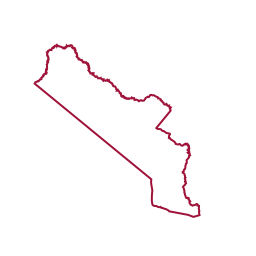 outline of Malai, Bântéay Méanchey, Cambodia, rotated 40°
{"feature_id": "14789045B32583136425943", "entity_name": "Malai", "entity_type": "district", "adm_level": 2, "iso_a3": "KHM", "parent_name": "Cambodia", "parent_adm1": "Bântéay Méanchey", "projection": "natural_earth1", "projection_center": [102.55, 13.526], "detail": "fine", "context": "isolated", "style": "outline", "palette": "rose", "viewbox_px": 256, "rotation_deg": 40, "n_neighbors": 0, "source": "geoboundaries", "source_scale": "gbopen_adm2", "svg_char_len": 5839}
<svg xmlns="http://www.w3.org/2000/svg" viewBox="0 0 256 256"><g transform="rotate(40 128 128)"><path d="M235.3,154.0L238.8,148.8L236.4,146.8L236.1,145.8L234.2,144.4L232.5,142.0L231.0,142.7L230.6,141.9L229.7,141.9L229.3,142.3L228.7,144.2L228.0,144.7L227.3,146.1L225.8,146.1L225.3,146.5L223.3,145.9L222.6,145.2L222.8,144.2L221.0,143.8L220.6,143.9L219.8,142.9L219.4,143.3L219.0,142.9L218.5,143.1L217.9,144.0L217.5,144.1L216.5,143.7L216.0,143.2L214.6,142.6L213.4,141.4L212.7,141.3L211.6,139.8L210.9,139.5L210.2,138.8L207.9,137.7L208.0,135.6L208.2,134.8L208.0,134.5L208.0,133.1L207.5,133.0L206.9,132.2L206.1,132.5L205.9,132.3L205.6,131.2L205.1,130.7L204.1,130.4L203.9,130.0L203.9,129.1L203.5,129.1L203.0,128.7L202.6,128.1L201.5,127.6L201.1,127.1L199.4,126.7L198.7,127.1L198.2,126.7L198.5,125.3L197.9,124.5L197.7,123.4L197.7,122.9L197.9,122.8L197.5,121.6L196.3,120.1L195.8,118.7L195.4,118.3L195.5,117.0L193.6,115.0L193.6,111.3L193.4,110.9L192.7,110.4L192.7,109.8L193.0,109.3L192.3,109.2L192.2,109.0L192.3,108.5L191.7,108.0L191.0,108.2L190.7,107.4L190.3,107.6L190.4,107.9L190.2,108.5L189.8,108.6L189.5,108.5L189.8,107.6L189.6,106.3L189.1,106.1L188.7,105.7L188.3,106.5L187.8,106.6L187.6,106.2L187.9,105.0L188.2,104.9L188.3,104.5L187.8,104.0L187.2,104.0L186.7,103.0L186.0,102.5L185.6,103.0L184.6,102.1L183.7,102.0L183.6,102.9L183.2,103.3L182.6,102.7L182.2,103.0L181.6,104.3L181.4,105.2L181.6,105.5L180.9,106.7L179.8,107.2L177.9,107.0L176.9,108.5L175.0,109.5L174.5,109.5L174.1,109.0L172.5,108.7L169.2,109.0L168.8,109.2L167.4,109.1L166.9,108.8L166.1,109.4L165.7,109.4L164.5,107.6L164.3,106.9L164.2,105.8L163.6,105.5L160.6,107.1L157.7,107.3L156.1,108.1L153.8,107.9L151.0,109.8L149.7,109.8L149.5,87.6L149.2,87.5L149.1,86.9L148.2,86.4L147.7,86.4L147.6,84.8L146.8,85.2L146.7,84.9L146.3,85.0L145.6,84.8L145.2,85.3L144.8,85.3L144.7,84.9L144.5,85.2L143.7,85.5L142.5,84.9L141.8,84.9L141.9,85.8L140.8,86.6L139.5,86.4L139.1,85.8L138.8,85.7L137.8,86.0L136.6,85.5L136.4,85.8L135.1,85.8L134.9,85.1L134.4,85.0L132.6,85.4L132.0,86.0L131.0,85.3L128.9,86.0L127.0,86.2L126.3,86.6L125.8,87.3L124.8,87.5L124.2,88.0L123.8,88.8L124.1,89.9L124.1,90.9L123.0,91.4L122.2,93.9L122.6,95.0L122.5,95.3L122.6,96.8L121.6,97.8L120.7,98.1L120.5,98.4L120.0,98.4L119.3,99.9L119.3,100.3L118.9,100.6L117.9,100.3L117.5,100.6L116.5,100.7L115.6,101.4L115.4,102.0L115.0,102.4L114.7,102.3L114.2,101.8L113.9,101.6L113.4,101.2L112.1,102.6L111.9,102.2L111.3,102.2L111.4,102.9L110.9,103.7L109.1,105.2L109.6,105.5L109.4,105.7L108.5,106.0L108.1,106.5L107.3,106.3L107.0,106.8L106.5,106.5L106.3,106.9L106.1,106.8L105.7,107.2L105.3,107.4L104.9,107.3L104.8,106.9L104.4,107.1L104.1,106.9L104.0,106.5L103.7,106.5L103.6,106.8L103.8,107.2L103.3,107.9L103.0,107.9L102.8,107.2L102.1,107.7L100.8,106.6L99.8,106.6L99.9,106.1L98.9,106.3L97.3,105.6L97.0,105.7L96.1,105.4L96.2,106.0L95.7,106.4L95.7,106.1L94.9,105.6L94.5,105.6L94.6,105.9L94.2,106.0L93.4,105.2L91.6,104.5L91.1,104.5L90.6,105.1L89.9,105.4L89.0,105.1L88.7,104.7L87.8,104.6L87.6,104.2L86.9,104.0L86.0,104.4L85.5,104.2L84.1,104.7L83.8,104.6L83.6,104.1L83.1,104.0L82.9,104.2L82.5,103.7L82.0,104.7L81.6,104.3L81.1,104.3L81.2,105.0L80.5,106.3L80.2,106.4L80.1,106.1L79.4,106.7L79.0,106.8L78.8,107.7L77.8,107.4L77.9,107.0L77.8,106.5L76.5,107.5L76.0,107.3L75.3,107.5L74.9,107.2L74.6,108.1L73.9,108.3L73.1,109.2L72.3,108.8L71.3,108.9L70.8,108.6L70.4,109.4L70.2,109.2L69.5,109.7L68.6,109.7L67.4,109.4L66.7,109.9L66.5,109.5L66.6,108.5L66.4,108.2L66.0,108.8L65.4,108.8L65.0,109.8L64.4,109.9L64.1,110.4L63.0,109.7L62.1,109.4L61.8,109.6L61.3,109.0L60.6,109.2L60.4,108.3L59.6,107.6L59.9,107.3L59.5,107.2L59.4,106.8L58.8,106.9L58.8,106.2L57.9,106.0L58.1,105.5L57.8,105.2L57.1,105.3L56.1,104.4L55.0,104.5L54.7,104.7L54.9,105.1L53.5,104.6L53.4,104.8L53.6,105.0L53.3,105.6L52.0,105.6L51.9,106.3L51.4,106.3L51.3,106.6L50.2,106.3L50.0,105.9L49.1,105.6L48.9,106.0L47.9,106.1L47.9,106.4L46.6,106.6L46.5,106.9L45.7,106.4L45.4,106.8L44.9,106.3L43.4,106.5L43.1,105.8L42.6,106.0L42.2,104.8L41.6,104.4L41.2,104.4L41.0,103.9L40.8,103.8L40.7,104.2L40.4,104.1L40.4,103.7L40.0,103.7L39.8,103.9L39.0,104.0L38.3,103.2L38.3,102.6L38.0,102.6L37.6,102.3L37.2,102.5L37.0,101.6L35.8,101.0L35.6,101.1L35.3,102.0L34.7,102.4L33.7,102.3L34.0,101.9L33.9,101.6L33.3,101.6L32.7,101.1L31.9,100.9L31.0,101.2L30.5,102.0L30.8,102.5L30.3,103.2L29.5,103.7L29.3,103.6L28.9,104.5L28.2,104.4L28.8,105.3L28.7,105.6L28.3,105.5L28.2,105.8L28.6,106.0L28.3,106.3L28.3,106.8L28.6,106.9L28.5,107.7L28.3,107.7L28.2,107.4L27.6,107.6L27.6,107.2L26.8,108.1L26.9,108.5L26.1,108.3L25.4,108.8L24.8,108.7L22.9,109.7L22.6,109.6L22.2,109.9L21.1,110.0L21.1,110.6L20.8,110.6L20.9,111.0L20.0,110.4L19.9,111.5L19.1,112.1L19.1,112.9L19.5,112.8L19.5,113.2L18.9,113.9L18.8,114.3L19.5,114.4L19.4,114.8L18.9,115.7L18.6,115.4L18.5,115.6L18.8,116.2L18.8,117.4L19.1,117.6L18.4,118.1L17.9,118.2L17.9,118.5L17.2,120.3L17.4,120.5L17.7,120.4L17.8,121.0L17.4,121.4L17.2,122.0L18.0,122.1L18.1,122.8L18.4,123.3L18.8,123.4L19.4,124.5L19.7,124.6L20.0,124.3L20.6,124.5L21.5,125.3L21.7,125.2L22.3,126.1L22.8,126.1L23.1,126.7L22.9,127.3L22.9,127.6L23.4,127.6L23.3,128.3L23.5,129.1L24.5,128.9L24.6,129.1L24.3,129.9L24.9,130.7L24.9,131.5L25.7,131.9L26.7,133.5L27.6,134.1L27.8,134.8L28.4,135.4L28.3,135.9L27.8,136.1L28.3,136.7L28.8,137.7L29.1,137.8L29.3,137.5L29.9,138.0L30.2,138.0L30.5,138.9L30.4,139.3L29.7,139.1L29.1,140.3L29.1,141.5L29.8,142.0L29.9,142.4L29.8,143.1L29.4,143.1L29.6,143.9L29.3,145.3L30.2,145.9L30.0,146.8L29.2,147.6L29.5,148.5L29.3,150.0L28.6,150.2L28.4,151.2L27.6,152.4L28.0,153.1L28.0,154.0L178.8,152.3L180.1,154.2L181.7,155.9L186.7,160.1L189.8,164.5L193.0,168.4L195.7,170.8L196.6,171.2L198.4,170.7L200.0,169.5L201.4,169.3L202.7,168.6L203.5,168.1L203.7,167.5L204.9,167.7L206.2,166.9L207.8,166.5L208.4,166.0L209.8,165.6L211.8,165.2L213.0,165.4L229.9,155.9L235.3,154.0Z" fill="none" stroke="#9f1239" stroke-width="2"/></g></svg>